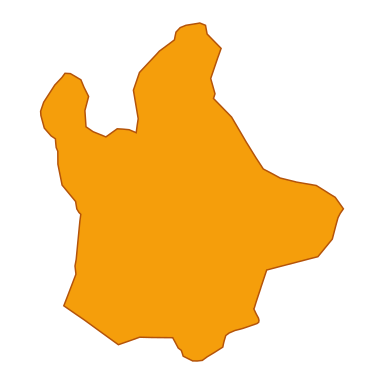 the district of Dhamar City, Dhamar, Yemen
{"feature_id": "15242507B10067021496798", "entity_name": "Dhamar City", "entity_type": "district", "adm_level": 2, "iso_a3": "YEM", "parent_name": "Yemen", "parent_adm1": "Dhamar", "projection": "robinson", "projection_center": [44.393, 14.606], "detail": "fine", "context": "isolated", "style": "filled", "palette": "amber", "viewbox_px": 384, "rotation_deg": 0, "n_neighbors": 0, "source": "geoboundaries", "source_scale": "gbopen_adm2", "svg_char_len": 2017}
<svg xmlns="http://www.w3.org/2000/svg" viewBox="0 0 384 384"><path d="M184.7,25.8L180.2,27.6L176.0,32.1L175.1,36.3L174.4,39.9L171.1,42.4L159.4,51.1L156.6,54.2L148.7,62.6L139.5,72.4L133.4,90.2L138.2,118.7L137.1,125.9L136.2,132.7L129.1,129.7L122.6,129.1L117.2,128.8L105.9,136.9L93.1,131.7L86.0,126.8L84.9,110.6L88.6,96.5L84.0,87.3L80.9,79.8L70.4,73.6L65.0,73.3L61.9,77.5L54.8,85.0L43.7,102.2L40.6,111.3L40.9,115.5L44.3,128.1L51.1,135.9L55.4,138.8L55.7,142.7L56.2,147.6L57.8,151.3L57.9,162.7L57.9,164.2L62.1,185.1L75.6,201.5L76.8,208.9L79.0,212.5L80.8,214.3L79.9,221.0L77.7,243.7L76.2,259.4L75.0,266.0L75.8,273.0L75.9,274.3L75.1,276.4L68.3,294.2L63.8,305.8L77.8,315.5L78.0,315.6L84.4,320.0L99.2,330.8L115.2,342.4L118.4,344.7L128.2,341.3L139.7,337.2L151.5,337.5L172.7,337.7L175.8,343.4L176.5,344.8L176.7,345.1L177.9,347.4L178.3,348.1L179.5,349.0L181.1,350.2L181.3,350.4L181.5,351.1L181.6,351.4L181.7,351.6L181.8,351.9L182.3,353.3L182.7,354.7L183.2,356.2L184.2,356.7L184.6,356.9L190.8,360.0L192.1,360.6L192.5,360.9L193.9,360.9L197.1,361.0L199.6,360.7L202.3,360.4L207.2,356.8L214.5,352.4L222.8,347.1L223.4,344.1L223.8,342.3L224.0,341.6L224.2,340.8L225.6,336.1L225.8,335.5L229.1,333.0L234.9,330.5L240.4,329.1L242.9,328.4L247.9,326.7L257.1,323.5L258.7,322.2L258.9,320.7L259.0,320.2L258.7,319.3L258.5,318.2L256.5,314.5L255.7,312.9L254.0,309.3L253.9,309.0L253.8,308.7L254.2,308.3L254.7,306.7L255.9,302.7L257.8,296.9L258.7,294.2L260.4,289.1L261.4,285.8L261.6,285.3L264.4,276.9L266.7,270.0L267.1,269.9L277.3,267.2L309.6,258.8L317.9,256.7L332.3,239.1L335.6,226.4L338.0,217.7L340.2,213.4L343.4,208.8L335.2,197.3L330.1,194.2L327.9,192.8L316.3,185.5L296.0,182.0L295.1,181.7L294.3,181.5L281.7,178.4L281.4,178.3L281.2,178.3L280.3,178.1L274.6,175.0L263.3,169.0L255.9,157.7L247.8,144.6L246.4,142.4L243.5,137.4L231.6,117.1L213.5,98.5L215.0,93.8L210.7,78.5L217.8,57.6L218.7,55.2L221.1,48.4L210.1,37.1L207.1,34.0L205.5,25.3L202.8,24.2L199.8,23.0L197.7,23.4L185.9,25.3L184.7,25.8Z" fill="#f59e0b" stroke="#b45309" stroke-width="1.5"/></svg>